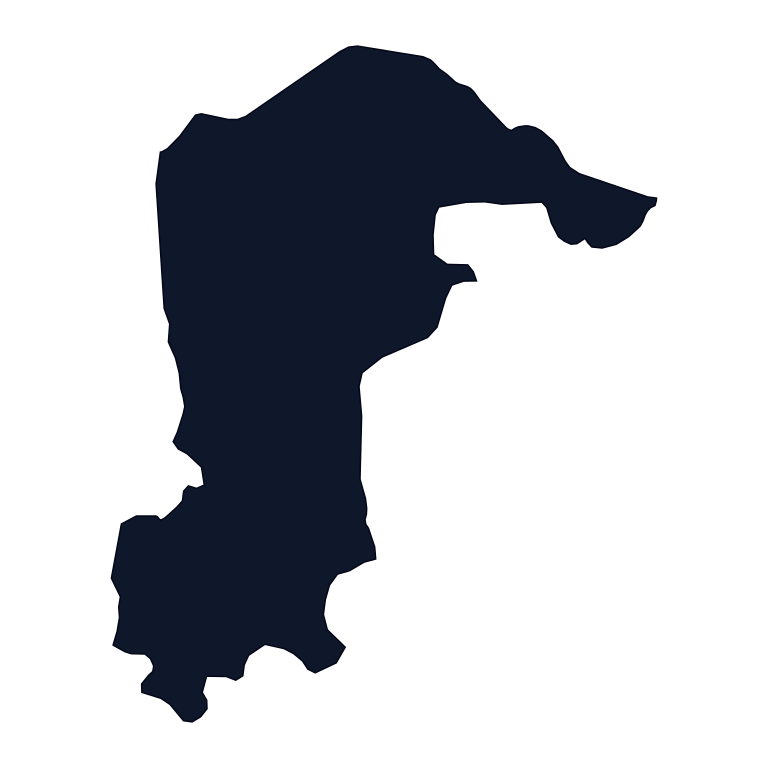 SVG path tracing the border of Katsina
{"feature_id": "NGA-2870", "entity_name": "Katsina", "entity_type": "State", "adm_level": 1, "iso_a3": "NGA", "parent_name": "Nigeria", "parent_adm1": "", "projection": "natural_earth1", "projection_center": [7.789, 12.229], "detail": "fine", "context": "isolated", "style": "filled", "palette": "ink", "viewbox_px": 768, "rotation_deg": 0, "n_neighbors": 0, "source": "natural_earth", "source_scale": "10m", "svg_char_len": 2085}
<svg xmlns="http://www.w3.org/2000/svg" viewBox="0 0 768 768"><path d="M357.6,46.1L423.2,56.8L430.4,59.9L433.3,62.5L439.4,69.1L446.6,74.2L455.3,82.1L459.1,84.1L466.8,86.5L467.1,86.6L470.5,88.5L473.9,91.9L480.3,100.8L506.2,127.8L508.1,129.2L510.7,130.3L511.7,130.4L512.8,129.6L515.7,127.9L518.7,126.8L525.1,125.9L528.2,125.9L535.2,127.6L541.4,131.0L552.7,140.8L557.8,147.2L565.2,161.3L569.7,167.5L579.2,173.7L647.5,196.9L656.6,198.1L656.3,200.7L655.0,205.5L650.5,207.7L647.3,211.1L645.0,215.2L642.9,221.1L640.1,226.2L628.6,236.7L616.2,244.3L602.2,248.0L591.9,247.0L588.2,243.1L585.0,238.4L576.9,243.7L571.0,244.2L564.4,241.2L558.5,236.8L551.4,223.1L546.8,207.6L541.9,202.1L502.0,204.2L485.0,201.8L466.4,202.2L438.8,207.0L435.1,214.9L433.0,235.2L433.6,254.7L447.2,264.4L467.8,264.9L473.3,271.9L476.5,280.9L463.6,281.1L451.8,285.1L445.6,298.1L437.0,327.2L427.5,337.5L382.0,357.1L362.1,372.8L359.0,386.4L361.6,416.0L360.0,479.2L365.5,498.6L366.7,508.4L366.4,514.2L365.0,519.7L365.8,524.3L368.4,528.2L374.7,547.0L375.7,559.0L364.1,562.1L349.5,570.7L337.5,574.1L329.4,585.2L325.3,599.8L323.4,614.5L327.3,629.8L345.2,647.2L336.2,662.9L315.2,672.8L307.8,669.1L302.6,661.1L293.8,653.7L283.8,648.5L264.9,644.3L248.6,655.3L244.2,665.0L242.8,675.8L235.7,680.2L226.4,676.5L206.6,676.2L202.2,692.4L206.7,700.2L207.0,708.8L200.6,716.8L192.1,721.9L183.5,720.7L170.0,704.4L160.9,698.3L141.9,692.4L141.6,684.0L148.7,675.2L152.8,671.5L153.7,665.9L150.5,658.7L145.0,654.0L131.3,653.7L124.9,651.7L113.1,645.1L117.1,631.6L119.5,617.5L118.7,606.9L120.4,596.8L111.4,578.2L121.4,524.0L136.4,516.0L155.7,516.0L157.3,516.6L159.5,519.4L161.0,520.1L165.2,517.7L176.2,507.8L182.4,501.0L183.7,491.1L188.4,485.9L196.6,488.4L204.3,485.0L201.5,467.1L187.2,453.8L178.3,449.0L173.2,441.7L177.4,432.2L183.0,414.6L184.8,406.7L183.3,397.5L180.8,388.8L179.3,373.2L175.5,358.0L168.4,342.0L169.7,323.9L164.2,308.5L156.1,183.8L160.4,152.1L161.9,151.8L167.5,148.7L179.7,136.3L195.5,115.1L201.3,113.8L228.3,119.5L237.6,119.5L245.7,116.5L339.9,51.6L348.7,47.1L357.6,46.1Z" fill="#0f172a" stroke="#020617" stroke-width="1.5"/></svg>